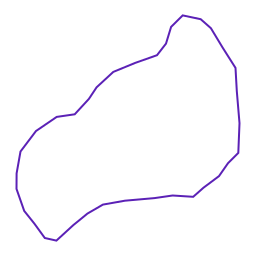 the district of Orust, Västra Götaland, Sweden
{"feature_id": "70781695B44388212160911", "entity_name": "Orust", "entity_type": "district", "adm_level": 2, "iso_a3": "SWE", "parent_name": "Sweden", "parent_adm1": "Västra Götaland", "projection": "orthographic", "projection_center": [11.637, 58.169], "detail": "fine", "context": "isolated", "style": "outline", "palette": "violet", "viewbox_px": 256, "rotation_deg": 0, "n_neighbors": 0, "source": "geoboundaries", "source_scale": "gbopen_adm2", "svg_char_len": 531}
<svg xmlns="http://www.w3.org/2000/svg" viewBox="0 0 256 256"><path d="M182.7,15.4L171.1,26.9L166.0,43.6L157.0,55.2L135.2,62.9L113.3,71.9L96.6,87.3L88.9,98.9L74.7,114.3L56.7,116.9L36.0,131.0L20.5,151.5L16.6,173.4L16.5,188.9L24.2,210.9L34.5,223.8L44.8,238.0L56.4,240.6L73.2,225.2L87.4,213.6L102.9,204.6L124.9,200.7L154.5,198.1L172.6,195.5L193.2,196.8L203.5,187.7L219.0,176.1L228.0,163.2L238.3,152.9L239.5,123.2L236.8,91.1L235.5,67.9L222.5,47.4L210.9,28.2L200.7,19.2L182.7,15.4Z" fill="none" stroke="#5b21b6" stroke-width="2"/></svg>